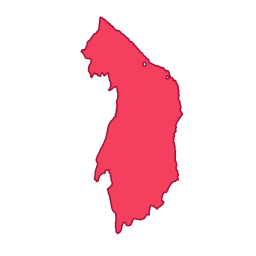 Idiofa, Bandundu, Democratic Republic of the Congo (Equal Earth projection), rotated 8°
{"feature_id": "63176286B53815785774290", "entity_name": "Idiofa", "entity_type": "district", "adm_level": 2, "iso_a3": "COD", "parent_name": "Democratic Republic of the Congo", "parent_adm1": "Bandundu", "projection": "equal_earth", "projection_center": [19.504, -4.707], "detail": "fine", "context": "isolated", "style": "filled", "palette": "rose", "viewbox_px": 256, "rotation_deg": 8, "n_neighbors": 0, "source": "geoboundaries", "source_scale": "gbopen_adm2", "svg_char_len": 5850}
<svg xmlns="http://www.w3.org/2000/svg" viewBox="0 0 256 256"><g transform="rotate(8 128 128)"><path d="M71.1,59.0L72.0,59.1L72.4,59.5L75.0,62.5L76.0,64.3L76.4,64.7L78.2,64.8L81.6,64.7L81.9,65.1L82.2,67.3L82.2,68.7L81.2,70.8L80.7,72.9L80.7,75.2L81.1,77.0L81.8,78.0L83.2,79.5L84.2,82.5L84.6,83.0L85.1,82.9L85.6,81.7L86.3,79.4L86.8,78.3L87.0,78.2L88.0,78.5L88.7,79.2L89.8,78.5L90.1,78.7L90.2,79.6L90.4,79.9L90.9,80.3L92.3,80.3L93.1,80.7L93.6,80.4L93.9,78.4L94.3,77.2L95.0,77.1L95.5,77.5L97.2,79.6L100.5,76.1L100.8,76.4L101.2,77.5L101.6,79.3L102.3,80.5L102.5,81.6L103.0,83.3L103.3,83.8L104.3,84.8L105.1,88.5L105.1,89.2L104.8,90.2L104.4,91.0L103.7,93.3L104.2,93.4L105.4,92.8L108.8,89.4L110.0,88.7L110.7,88.7L111.6,90.5L112.2,92.6L112.6,93.0L112.5,93.8L112.9,94.1L113.0,94.7L113.4,95.3L113.5,95.8L113.4,96.6L113.5,96.9L113.4,97.5L113.6,97.9L113.6,101.0L113.4,101.8L113.1,102.1L113.1,102.4L113.3,103.2L113.1,103.8L113.4,104.8L114.0,105.6L114.1,106.1L113.8,107.2L113.8,107.6L114.3,108.4L114.1,109.2L114.3,110.1L113.9,111.3L114.0,112.6L114.5,113.1L114.2,113.5L114.6,113.9L114.7,114.1L114.3,114.4L113.6,116.4L113.7,116.7L114.1,117.1L114.0,117.6L114.3,118.2L113.5,118.5L112.5,119.9L112.0,121.4L111.0,122.6L110.1,123.9L109.0,126.9L108.5,127.9L108.1,131.3L108.1,134.5L107.9,135.2L107.8,137.9L107.6,140.5L107.1,142.8L105.3,149.4L103.7,153.1L102.9,156.7L102.4,157.7L102.3,158.5L101.6,160.0L101.5,161.8L100.9,163.5L100.9,163.9L101.4,165.3L103.1,167.7L101.8,174.8L101.8,176.0L102.1,179.4L101.9,183.0L102.2,183.5L103.2,183.5L103.7,184.7L104.5,185.4L105.0,185.0L105.3,184.4L105.7,184.4L105.9,183.5L106.1,181.5L106.5,179.9L107.5,178.0L108.1,177.3L108.8,176.7L109.5,176.3L111.2,176.3L111.7,173.6L112.3,172.6L114.4,172.5L115.0,172.1L115.3,172.2L115.1,173.2L115.5,174.5L117.1,176.4L117.4,178.1L118.0,179.2L118.5,181.4L119.0,182.7L119.7,183.7L120.1,185.0L120.1,186.1L119.1,187.9L117.1,190.7L116.5,190.9L116.2,191.6L117.1,193.3L117.3,194.2L119.3,198.0L122.9,208.7L123.5,210.3L124.1,211.2L125.5,212.7L126.1,213.2L127.5,213.9L128.2,216.1L128.9,220.3L129.0,222.1L128.9,224.2L129.3,225.5L129.4,227.9L129.8,228.6L130.8,232.5L131.5,233.2L132.7,233.8L133.1,233.6L134.5,232.2L134.8,231.3L135.1,231.0L135.5,229.3L135.5,228.5L135.8,227.6L135.5,227.1L135.6,226.5L135.5,226.0L135.9,225.3L136.2,224.5L136.3,223.3L136.9,222.2L138.1,222.0L140.3,224.7L142.0,224.7L143.4,224.2L143.8,223.9L144.6,222.8L145.4,219.2L145.9,217.6L146.2,217.2L146.6,217.0L147.6,216.9L152.4,217.1L153.9,216.9L155.1,215.8L155.9,215.7L156.6,215.3L157.2,214.3L158.2,212.1L158.9,211.1L161.1,211.0L161.0,210.2L160.7,209.7L160.5,207.9L160.8,205.3L160.7,204.2L160.9,203.3L160.8,202.8L161.2,201.6L163.7,201.8L164.7,202.1L168.2,204.2L168.4,204.0L168.6,203.0L168.9,202.6L170.7,201.2L172.6,199.2L173.4,197.9L173.6,197.3L173.6,196.3L173.3,195.9L173.0,195.7L172.2,196.0L172.0,195.9L171.4,194.2L171.2,192.6L171.5,190.1L172.1,187.9L172.5,187.1L172.9,186.7L174.6,186.5L175.1,186.2L175.4,184.6L175.8,184.3L176.0,183.7L176.3,182.0L177.1,179.8L178.8,176.7L179.9,175.3L180.5,174.7L182.1,174.2L183.3,173.0L183.8,172.7L184.5,172.3L184.9,172.3L184.5,170.6L184.0,169.9L184.0,168.8L184.3,167.4L184.2,167.0L184.0,166.5L183.3,166.1L183.2,165.7L183.3,164.4L183.2,163.8L182.9,163.4L181.9,162.9L181.6,162.0L181.1,161.1L181.1,159.4L181.4,158.2L181.3,157.5L180.4,155.4L180.3,154.8L179.5,154.1L179.2,153.4L178.9,150.7L178.7,147.9L178.2,146.4L178.3,144.6L177.4,142.7L177.4,142.1L177.0,140.3L177.0,139.6L176.5,138.6L175.8,136.3L174.8,135.6L175.0,133.0L175.1,132.2L174.4,131.4L174.3,131.0L174.8,130.2L175.1,129.4L175.0,128.8L174.5,127.4L174.7,126.4L174.7,125.9L174.9,125.7L175.6,125.5L175.8,125.2L175.9,124.1L175.5,123.5L175.2,122.3L175.3,121.8L175.8,120.9L175.6,120.3L174.8,119.0L175.4,117.4L175.3,116.7L175.8,115.6L176.1,114.3L176.7,113.6L177.0,113.0L177.0,111.3L177.8,111.2L178.3,110.0L178.9,109.1L179.1,108.0L179.5,107.7L180.0,107.1L179.9,106.5L179.2,105.6L178.8,104.7L178.0,104.7L177.5,104.2L177.4,103.6L177.5,102.6L177.2,101.4L177.6,100.5L177.1,98.9L176.2,97.2L176.0,95.7L175.6,95.1L175.5,94.4L175.3,94.0L174.5,93.5L174.2,93.0L173.9,92.2L173.9,91.2L173.7,90.1L174.0,88.4L173.9,88.1L173.4,87.9L173.1,87.5L173.1,86.2L173.5,85.5L172.9,83.8L172.8,83.0L172.0,81.8L172.0,80.2L171.4,79.0L171.0,78.8L170.7,78.0L170.3,77.5L169.8,77.2L169.5,76.9L169.1,75.2L168.1,74.2L167.5,74.2L166.9,75.0L166.5,74.8L166.2,74.5L166.0,73.5L164.9,72.2L164.3,71.9L163.3,71.8L162.4,71.1L162.1,69.9L161.6,69.2L161.2,67.9L159.8,65.9L159.4,65.7L158.6,65.8L157.7,65.7L157.6,65.9L157.2,65.8L156.5,65.5L155.8,64.6L154.1,63.3L153.4,63.3L152.6,64.0L152.5,63.9L152.3,63.4L150.7,63.0L150.4,62.7L149.1,62.7L148.6,62.3L148.0,62.2L147.3,62.5L145.9,62.5L145.5,61.9L143.2,61.3L141.8,60.7L141.0,60.8L140.4,60.3L139.7,59.5L139.4,58.4L138.3,57.0L137.7,57.0L137.2,56.6L136.7,56.5L135.9,55.8L135.7,55.4L133.3,53.9L132.9,53.3L131.5,51.8L130.3,51.2L129.5,51.2L128.8,49.8L127.6,49.1L125.3,47.1L124.4,45.9L123.3,45.6L122.4,44.6L122.1,44.1L119.7,42.2L118.3,42.1L117.7,41.7L116.8,40.8L116.3,39.9L115.4,39.1L114.0,38.8L112.9,37.7L112.1,37.3L110.8,36.1L109.0,35.6L107.6,34.6L107.3,33.9L106.6,33.8L105.5,32.9L102.8,33.0L101.9,32.3L100.5,31.7L100.0,31.2L99.3,30.0L98.8,29.5L97.1,28.9L95.6,27.5L94.8,27.3L93.8,26.3L92.9,26.2L92.2,25.8L90.9,24.8L90.5,24.2L88.7,23.6L86.9,22.3L85.2,22.2L85.0,22.8L85.1,24.3L85.1,25.4L85.3,26.5L85.2,28.4L85.3,30.8L85.5,31.8L85.1,35.5L84.4,36.2L83.5,38.0L82.8,39.0L81.5,39.6L81.1,40.2L79.7,42.8L78.3,45.9L77.6,46.9L76.6,47.5L76.2,48.6L75.8,49.2L75.7,49.7L76.0,51.0L75.0,55.0L74.6,56.0L74.0,56.8L72.1,56.8L71.7,57.1L71.4,57.5L71.1,59.0ZM134.9,64.5L134.2,63.8L133.9,62.0L134.3,61.3L134.8,60.9L135.8,60.7L136.6,61.0L137.0,61.9L137.0,63.2L136.3,64.3L135.6,64.6L134.9,64.5ZM160.7,73.8L159.7,73.8L159.2,73.4L159.1,73.1L159.1,71.5L159.4,71.0L159.7,70.8L160.7,70.8L161.2,71.1L161.4,71.5L161.6,72.2L161.5,73.2L160.7,73.8Z" fill="#f43f5e" stroke="#9f1239" stroke-width="1.5"/></g></svg>